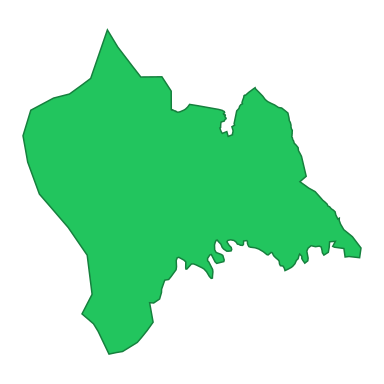 the district of Ohaozara, Ebonyi, Nigeria
{"feature_id": "59680162B76130047047659", "entity_name": "Ohaozara", "entity_type": "district", "adm_level": 2, "iso_a3": "NGA", "parent_name": "Nigeria", "parent_adm1": "Ebonyi", "projection": "natural_earth1", "projection_center": [7.82, 6.011], "detail": "fine", "context": "isolated", "style": "filled", "palette": "green", "viewbox_px": 384, "rotation_deg": 0, "n_neighbors": 0, "source": "geoboundaries", "source_scale": "gbopen_adm2", "svg_char_len": 3536}
<svg xmlns="http://www.w3.org/2000/svg" viewBox="0 0 384 384"><path d="M30.8,110.2L23.0,135.8L25.3,148.5L27.7,162.1L39.4,194.1L51.1,207.6L68.2,227.5L87.2,255.2L92.1,294.3L82.0,313.9L93.5,323.8L98.1,331.3L109.0,354.1L116.6,352.5L122.6,351.5L137.3,342.4L141.6,337.4L147.0,330.7L153.1,322.2L149.6,302.7L153.7,303.0L159.6,299.0L161.5,292.4L161.6,289.2L164.3,281.4L164.9,280.1L168.7,279.5L171.0,276.7L173.1,273.8L176.1,269.7L176.5,266.8L176.2,260.5L177.2,257.8L178.8,257.3L183.9,260.1L185.8,261.9L185.7,268.0L186.0,269.1L186.9,269.0L191.4,264.0L193.5,263.9L195.9,264.8L201.7,267.6L203.9,268.9L206.6,271.8L209.4,276.5L211.2,278.4L212.4,278.1L212.5,276.0L212.9,271.9L212.6,269.4L208.7,261.8L207.6,260.8L207.6,258.3L209.9,254.9L211.3,254.5L213.3,258.4L215.1,261.9L216.7,263.4L223.8,261.6L224.2,260.0L222.8,255.4L221.2,254.4L216.2,252.5L214.7,249.9L214.5,244.9L215.2,242.4L216.3,240.2L217.4,240.1L218.1,241.3L220.9,244.2L222.2,247.4L223.7,249.1L226.8,251.2L228.6,251.2L231.1,250.9L231.7,249.5L231.2,247.4L229.1,245.3L226.9,241.8L227.9,240.4L230.6,239.8L234.1,240.5L236.3,242.3L237.4,244.1L238.9,244.4L240.3,245.2L242.4,245.4L243.4,244.6L243.6,241.0L244.9,240.8L246.8,240.6L247.4,241.5L247.5,243.6L248.1,245.2L248.9,246.6L250.5,247.2L255.2,247.8L258.7,249.0L263.3,251.7L267.0,254.7L268.2,254.9L271.1,252.4L272.3,252.9L273.6,255.6L274.6,256.7L276.3,258.3L277.9,259.6L278.7,260.5L279.2,261.3L279.5,263.9L280.4,265.7L282.9,266.0L284.2,267.9L285.0,270.6L288.0,269.2L291.3,267.4L292.7,266.3L294.9,263.8L296.4,260.4L298.1,258.8L299.0,255.4L299.7,254.0L301.8,256.3L301.8,258.6L302.7,260.2L304.8,263.2L307.8,260.8L308.1,258.1L306.8,251.1L308.1,248.1L311.1,245.7L315.5,246.7L319.3,246.1L321.2,247.0L322.0,250.3L322.4,252.8L323.9,255.1L328.3,252.3L329.2,247.3L329.6,241.8L335.4,241.3L332.7,246.4L334.5,247.2L343.9,248.5L345.1,257.0L349.0,256.5L359.6,257.7L361.0,248.0L352.4,236.7L343.8,229.7L340.6,224.2L339.2,220.4L339.3,218.2L337.8,219.0L335.8,214.9L335.1,211.8L333.3,210.1L331.3,208.8L329.6,206.8L327.9,206.0L327.1,204.1L324.8,201.9L322.8,200.3L321.0,198.2L315.2,191.7L308.6,188.0L299.9,181.7L306.2,176.3L301.5,156.4L300.2,153.8L298.5,150.7L298.1,147.6L296.5,145.6L295.4,144.3L294.3,143.4L293.5,140.7L292.7,139.6L292.4,137.8L291.7,136.7L292.0,135.8L292.0,134.5L292.2,133.8L292.1,133.1L292.2,132.1L292.3,130.2L291.6,129.4L291.4,128.5L291.0,127.1L291.0,125.1L290.3,122.4L289.3,120.6L289.0,118.0L287.9,113.0L285.1,110.7L281.7,108.0L278.5,107.5L274.7,105.0L271.2,103.4L267.7,101.6L265.2,99.5L262.7,96.1L259.1,92.4L256.0,89.3L255.4,88.6L255.1,87.7L253.1,89.1L248.7,92.4L245.4,95.3L244.6,95.2L244.0,95.7L243.7,97.5L242.5,100.8L242.0,102.6L242.5,103.8L240.9,104.6L239.6,106.3L239.0,108.4L236.7,110.9L234.1,123.6L234.6,125.1L233.2,126.0L231.9,126.7L233.0,130.4L233.0,131.8L232.7,132.8L232.4,134.1L232.5,134.7L229.0,136.1L228.2,136.4L226.8,131.6L222.3,133.4L222.0,132.9L221.1,131.5L219.8,128.0L220.6,127.6L220.7,124.8L220.9,122.9L221.2,122.0L222.2,121.7L224.2,121.1L225.1,119.4L226.1,118.7L226.0,118.0L225.6,117.7L224.7,116.0L225.3,115.5L225.0,114.6L223.6,114.4L223.4,113.7L223.9,113.2L224.6,112.5L224.2,111.5L223.4,111.1L222.8,110.8L222.3,110.4L219.3,109.6L218.5,109.4L197.7,105.7L189.6,104.4L187.7,107.0L185.4,109.2L183.7,110.2L180.0,111.8L178.6,112.1L177.6,112.3L176.6,111.7L175.9,111.2L175.7,111.1L175.6,111.4L173.9,110.5L172.5,109.8L172.2,109.7L172.0,110.1L171.3,109.7L171.2,91.1L161.9,76.8L140.8,77.0L132.1,65.8L117.8,47.1L107.4,29.9L90.7,78.4L80.0,86.4L69.5,94.0L53.5,98.1L47.9,101.1L30.8,110.2Z" fill="#22c55e" stroke="#15803d" stroke-width="1.5"/></svg>